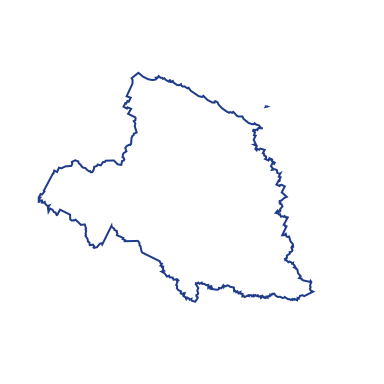 the district of Clarence Valley, New South Wales, Australia, rotated 287°
{"feature_id": "25037944B11916296746250", "entity_name": "Clarence Valley", "entity_type": "district", "adm_level": 2, "iso_a3": "AUS", "parent_name": "Australia", "parent_adm1": "New South Wales", "projection": "robinson", "projection_center": [152.635, -29.694], "detail": "fine", "context": "isolated", "style": "outline", "palette": "blue", "viewbox_px": 384, "rotation_deg": 287, "n_neighbors": 0, "source": "geoboundaries", "source_scale": "gbopen_adm2", "svg_char_len": 6073}
<svg xmlns="http://www.w3.org/2000/svg" viewBox="0 0 384 384"><g transform="rotate(287 192 192)"><path d="M132.1,336.9L132.5,334.3L133.8,333.1L135.6,333.3L136.5,332.4L138.4,332.2L140.7,332.5L141.7,331.3L140.5,331.1L140.0,324.4L140.4,322.6L141.2,322.2L141.0,319.6L143.2,320.5L145.3,317.2L148.7,315.4L149.2,313.3L149.9,313.3L149.9,311.7L150.8,312.2L151.7,311.6L152.8,309.4L153.6,309.3L152.8,308.6L153.6,307.9L154.0,305.6L153.0,304.7L154.4,302.2L154.1,301.3L155.3,301.0L154.6,299.8L156.8,302.0L158.9,301.3L161.7,303.6L163.1,303.0L164.0,304.7L165.8,305.1L167.7,303.4L168.3,303.6L167.8,304.2L169.1,304.7L169.5,303.6L170.6,304.2L172.0,303.4L173.3,300.9L177.8,297.8L177.0,296.8L177.1,295.3L179.4,293.9L177.6,292.7L177.0,290.9L186.8,292.4L186.7,290.8L187.5,290.4L187.5,289.3L195.7,291.0L195.7,290.2L194.9,289.7L196.1,287.6L195.1,287.2L195.2,285.5L194.4,284.3L196.5,282.6L195.9,281.8L196.6,280.8L196.5,278.2L199.3,279.3L198.4,280.9L198.8,281.6L200.0,282.0L201.0,281.2L204.8,282.7L206.5,281.1L206.4,279.9L207.5,279.7L207.4,278.9L209.1,278.5L210.0,280.0L213.2,281.9L215.1,284.0L217.9,277.9L224.5,279.1L225.1,275.6L224.3,274.2L223.3,274.1L223.8,270.6L228.1,271.5L228.0,272.4L228.7,272.5L228.8,271.9L232.0,272.4L232.0,270.5L235.5,271.0L235.0,270.6L235.3,267.9L237.7,266.8L238.0,264.5L236.6,262.0L238.3,262.3L239.7,260.0L243.2,260.5L242.9,262.3L244.3,262.5L244.9,259.5L246.5,259.2L246.9,256.6L246.0,257.0L246.1,256.1L244.5,255.9L245.0,252.3L246.2,252.9L247.6,252.4L247.9,250.4L249.6,249.8L249.8,248.4L253.5,249.2L253.5,244.7L252.1,244.0L252.4,241.7L250.8,241.6L251.7,240.0L254.9,240.5L255.4,237.4L256.3,239.1L260.0,235.7L264.5,236.4L264.4,234.7L267.5,234.8L268.1,232.7L269.0,232.5L269.5,232.6L269.6,234.4L270.6,235.4L270.4,236.4L272.6,236.8L273.5,241.1L273.4,239.2L275.3,236.5L275.2,233.8L276.0,231.8L275.2,231.6L274.5,230.2L274.5,226.1L277.0,219.9L279.0,218.1L277.8,214.2L278.0,212.8L280.7,208.0L279.5,207.2L279.6,205.2L278.6,204.3L279.1,201.6L280.9,196.2L283.3,191.9L285.1,190.4L285.8,188.0L285.2,187.2L284.1,187.4L283.5,185.4L284.6,179.7L287.3,174.8L285.9,174.1L285.6,170.4L288.5,161.1L290.7,158.2L289.8,157.3L290.8,154.0L290.1,152.3L290.9,150.3L291.8,149.9L290.4,148.6L290.0,146.4L291.3,142.2L292.5,141.2L291.1,140.2L291.0,139.2L292.3,138.8L292.5,138.1L290.8,137.4L291.5,134.1L292.7,132.4L291.7,131.1L292.5,130.1L292.0,128.5L293.1,126.2L291.5,125.9L290.8,124.2L290.2,125.1L288.8,124.2L287.5,121.4L287.0,117.2L288.0,111.4L290.3,105.9L283.2,101.0L281.8,102.4L278.2,103.4L264.4,101.5L264.3,105.8L259.8,105.1L260.1,103.7L257.3,103.2L257.5,102.3L253.5,101.6L252.8,105.4L254.1,105.6L253.7,109.5L248.1,108.0L246.8,115.9L246.2,116.5L244.0,116.8L242.9,115.6L240.9,117.8L238.2,118.0L232.7,121.7L230.8,119.4L229.1,119.5L228.3,118.6L225.7,118.4L220.2,119.7L218.8,119.1L218.9,118.1L216.6,116.0L214.6,115.3L211.7,117.4L209.2,115.3L207.3,115.0L204.9,115.5L205.0,116.3L203.3,117.8L202.2,117.6L201.1,116.0L197.3,116.5L196.7,113.0L199.3,108.0L196.7,100.3L195.1,99.8L194.6,98.1L190.8,97.0L190.7,93.8L188.9,93.3L187.5,91.1L184.6,91.5L181.9,90.9L181.3,89.6L182.2,88.5L181.7,87.8L182.4,85.3L183.7,83.2L183.5,80.6L184.2,78.8L185.0,78.4L186.5,75.2L188.0,74.3L188.2,71.2L187.2,69.9L185.6,68.3L184.0,69.3L181.7,69.0L179.4,63.3L176.5,60.2L176.4,57.7L171.7,57.1L172.2,54.0L169.1,54.1L169.0,53.6L149.8,49.9L149.3,50.8L145.6,49.2L145.8,47.8L142.0,47.1L142.3,48.5L140.2,47.6L137.8,48.3L138.1,49.0L139.6,49.2L140.1,51.2L138.0,51.5L138.2,52.8L139.4,54.1L138.2,54.7L136.6,57.2L136.4,58.0L137.4,59.4L135.0,58.8L131.2,60.5L134.7,61.1L134.2,63.8L132.4,66.0L132.5,67.5L130.4,69.3L130.8,69.9L136.5,70.9L134.7,82.0L130.2,83.6L129.5,85.4L130.4,86.9L130.2,87.6L131.5,88.8L128.1,95.4L129.6,98.9L126.1,101.4L125.1,101.1L123.9,102.2L121.3,102.3L120.0,103.2L119.0,102.9L116.6,105.8L114.1,107.1L113.8,108.6L111.3,109.7L112.7,112.8L111.7,114.1L110.2,114.0L109.9,114.6L111.5,117.3L115.5,118.9L116.3,119.9L116.5,120.8L115.6,121.5L136.1,124.9L135.2,125.3L134.2,128.3L133.1,128.8L132.7,131.6L131.6,131.7L130.6,132.8L128.7,132.8L128.0,139.7L126.7,139.5L126.3,142.3L125.3,142.2L129.4,154.5L128.1,156.5L125.5,157.5L125.1,158.6L120.4,161.1L119.5,162.2L116.4,181.3L114.8,182.7L114.6,184.2L112.4,183.4L112.3,186.0L111.2,185.5L110.9,186.6L109.3,187.0L108.5,188.4L107.0,186.2L106.2,189.6L103.8,192.8L105.3,194.5L103.9,195.6L104.5,198.6L102.7,200.0L104.3,203.3L103.4,204.7L102.5,203.6L101.4,204.4L98.4,204.1L97.8,205.3L95.6,205.6L94.2,207.5L93.8,210.5L91.8,210.8L91.7,212.4L92.3,213.1L91.3,213.0L91.0,213.6L92.2,214.5L89.9,214.4L89.4,216.5L88.3,217.5L89.3,217.5L89.0,218.4L89.6,218.5L89.2,220.3L88.3,221.2L89.5,222.6L88.8,222.6L88.0,223.8L88.0,227.1L92.1,228.4L93.0,228.3L93.4,226.8L94.7,226.3L95.7,227.4L97.1,227.5L99.1,225.9L102.0,226.1L105.0,222.6L105.9,222.4L106.2,223.8L107.2,224.5L106.4,226.0L108.2,227.8L107.1,228.8L107.8,230.3L107.1,233.1L107.9,234.7L105.1,235.6L106.7,236.7L104.8,237.8L104.9,238.8L106.7,237.4L107.5,238.1L105.2,239.6L105.6,243.4L106.1,245.2L107.3,246.2L108.2,245.9L108.6,248.2L111.7,249.2L110.4,250.2L111.7,250.5L111.7,251.9L113.1,253.2L113.2,254.3L112.5,256.0L112.9,259.9L109.4,261.3L110.2,262.4L109.1,263.5L110.3,264.5L108.9,265.8L110.3,267.3L109.1,267.3L109.6,268.1L109.0,268.6L109.3,270.2L106.9,270.7L107.7,272.0L106.9,273.0L109.1,275.5L109.1,276.4L109.6,275.9L110.1,276.5L110.7,279.5L109.8,279.7L109.9,280.7L111.3,281.2L110.0,282.6L110.9,282.0L112.0,282.7L111.2,285.4L111.9,284.7L113.2,285.4L111.9,285.3L111.5,286.6L112.3,287.8L110.9,288.9L112.0,289.4L112.6,288.7L113.3,289.5L112.5,289.9L112.8,290.6L112.2,291.1L112.6,291.6L112.0,292.3L112.1,293.3L113.1,293.5L113.0,294.9L113.6,294.5L113.5,295.1L114.5,295.2L114.8,296.5L115.4,296.4L115.7,297.2L116.8,296.8L117.0,298.2L118.0,298.5L117.8,299.0L118.9,300.1L117.2,302.6L116.7,304.7L117.6,306.9L117.1,309.5L117.9,311.1L118.7,311.4L117.5,315.3L118.0,316.1L117.7,317.9L118.4,318.3L118.1,319.5L119.1,319.8L118.8,321.0L119.7,321.2L119.2,324.2L121.5,323.9L121.3,325.3L124.3,325.6L125.6,328.0L125.2,329.7L132.1,336.9ZM295.0,237.7L295.6,238.7L295.6,237.9L295.0,237.7ZM295.6,238.8L296.0,239.7L295.7,238.6L295.6,238.8Z" fill="none" stroke="#1e3a8a" stroke-width="2"/></g></svg>